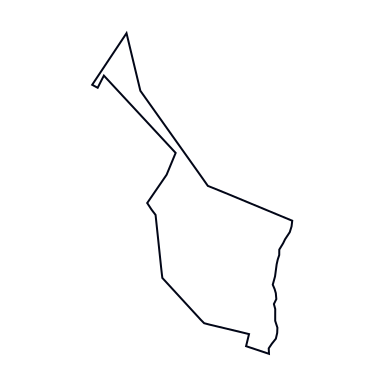 Santana do Piauí, Piauí, Brazil, rotated 22°
{"feature_id": "56859067B85861888890403", "entity_name": "Santana do Piauí", "entity_type": "district", "adm_level": 2, "iso_a3": "BRA", "parent_name": "Brazil", "parent_adm1": "Piauí", "projection": "robinson", "projection_center": [-41.484, -6.919], "detail": "fine", "context": "isolated", "style": "outline", "palette": "ink", "viewbox_px": 384, "rotation_deg": 22, "n_neighbors": 0, "source": "geoboundaries", "source_scale": "gbopen_adm2", "svg_char_len": 746}
<svg xmlns="http://www.w3.org/2000/svg" viewBox="0 0 384 384"><g transform="rotate(22 192 192)"><path d="M65.5,130.7L66.2,122.4L66.7,117.1L162.2,161.9L162.0,185.5L154.6,219.0L161.1,223.5L166.8,226.9L178.9,249.6L191.4,273.1L194.7,279.2L196.7,282.8L248.0,307.2L252.4,309.1L257.9,308.4L289.8,303.6L298.1,302.4L299.9,314.7L324.0,313.2L321.7,308.2L322.9,302.7L324.7,296.6L323.8,290.8L322.0,285.8L317.4,280.3L315.1,274.6L313.0,269.3L309.9,265.2L310.3,259.7L307.6,254.4L305.0,251.1L301.6,247.7L300.6,239.1L297.6,227.4L296.8,222.5L296.5,217.8L294.5,212.7L295.7,205.4L296.0,201.0L297.7,192.6L297.2,186.6L295.7,181.1L223.1,180.4L204.4,180.4L193.9,173.6L106.2,117.5L71.8,69.3L59.3,130.0L65.5,130.7Z" fill="none" stroke="#020617" stroke-width="2"/></g></svg>